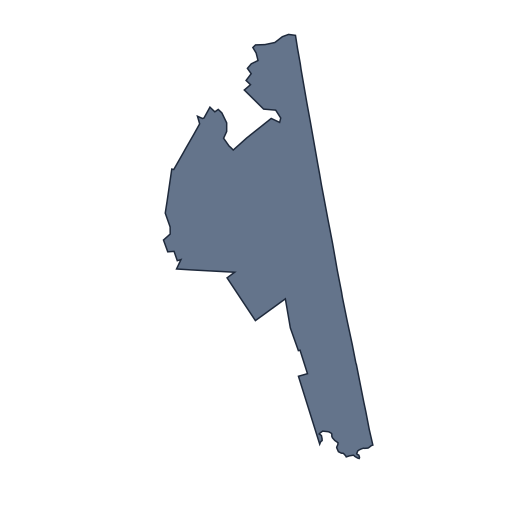 Oxford, Maine, United States of America, rotated 172°
{"feature_id": "52423323B46347201261258", "entity_name": "Oxford", "entity_type": "district", "adm_level": 2, "iso_a3": "USA", "parent_name": "United States of America", "parent_adm1": "Maine", "projection": "equal_earth", "projection_center": [-70.823, 44.566], "detail": "fine", "context": "isolated", "style": "filled", "palette": "slate", "viewbox_px": 512, "rotation_deg": 172, "n_neighbors": 0, "source": "geoboundaries", "source_scale": "gbopen_adm2", "svg_char_len": 1887}
<svg xmlns="http://www.w3.org/2000/svg" viewBox="0 0 512 512"><g transform="rotate(172 256 256)"><path d="M230.1,462.9L227.6,457.0L226.8,449.3L233.9,447.0L238.4,443.0L235.4,437.2L241.4,431.2L237.6,426.4L244.5,422.0L228.0,400.4L216.2,397.7L212.3,389.2L214.0,385.0L221.8,390.1L248.6,374.3L263.8,364.1L265.8,366.8L267.4,368.7L271.7,377.1L267.7,383.4L266.5,391.9L269.9,402.5L273.0,406.4L276.7,404.5L280.9,409.8L288.3,399.9L289.8,399.6L294.5,402.5L293.4,394.7L300.6,385.2L311.1,371.7L313.2,368.9L325.4,353.1L327.3,353.8L336.5,322.3L339.9,311.1L337.0,296.7L337.9,289.7L345.4,284.7L342.8,272.4L336.5,272.0L334.6,262.3L330.8,262.9L336.5,254.2L322.3,251.3L279.4,242.9L287.7,238.4L276.4,214.7L265.6,192.1L232.9,209.5L232.0,180.0L227.2,156.4L225.5,156.6L221.4,132.3L230.7,131.0L219.1,60.8L218.2,62.4L217.8,63.0L217.3,63.4L216.2,64.0L216.0,65.9L216.2,69.1L217.8,70.7L218.2,71.0L217.0,71.9L214.4,73.3L209.9,72.2L208.5,71.8L206.8,70.6L206.0,69.8L205.7,69.3L206.0,66.8L205.6,65.3L203.7,62.4L202.1,60.9L200.8,59.7L201.1,58.1L201.4,57.5L202.4,56.0L202.8,55.0L201.6,50.7L200.8,50.2L199.0,48.9L197.1,48.5L196.1,47.3L194.9,45.4L194.6,44.5L191.2,45.1L187.3,45.2L186.5,44.5L186.3,44.1L185.8,43.6L183.9,42.1L183.2,41.6L182.0,41.1L181.6,41.8L181.5,42.2L181.9,44.5L183.2,45.4L183.8,46.2L183.7,46.4L182.4,48.8L181.3,49.4L179.7,50.0L177.8,50.5L176.2,50.7L175.3,50.4L171.8,50.2L170.3,50.9L168.7,51.9L167.7,52.3L166.6,52.5L168.0,68.5L168.9,86.5L169.6,96.6L171.7,134.7L172.0,136.0L173.0,155.0L174.7,178.5L176.2,203.1L176.3,208.3L177.5,230.6L177.9,242.8L178.4,257.4L179.2,273.4L179.6,280.6L180.8,307.0L181.3,317.2L181.6,328.0L181.8,332.7L182.1,339.9L182.1,340.0L182.2,343.5L183.5,380.8L183.7,385.6L184.3,400.0L185.4,434.6L185.4,440.1L185.6,445.4L186.0,455.9L186.2,468.9L186.2,469.0L192.9,470.9L199.4,469.5L207.6,464.8L217.7,464.1L227.1,465.1L230.1,462.9Z" fill="#64748b" stroke="#1e293b" stroke-width="1.5"/></g></svg>